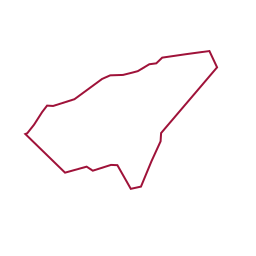 the district of Al Mahwit City, Al Mahwit, Yemen, rotated 256°
{"feature_id": "15242507B54301624222868", "entity_name": "Al Mahwit City", "entity_type": "district", "adm_level": 2, "iso_a3": "YEM", "parent_name": "Yemen", "parent_adm1": "Al Mahwit", "projection": "orthographic", "projection_center": [43.552, 15.463], "detail": "fine", "context": "isolated", "style": "outline", "palette": "rose", "viewbox_px": 256, "rotation_deg": 256, "n_neighbors": 0, "source": "geoboundaries", "source_scale": "gbopen_adm2", "svg_char_len": 497}
<svg xmlns="http://www.w3.org/2000/svg" viewBox="0 0 256 256"><g transform="rotate(256 128 128)"><path d="M184.7,164.1L180.8,151.3L180.7,145.9L180.7,136.0L183.4,123.5L181.9,114.8L168.9,83.0L167.5,60.7L169.3,54.9L164.2,48.5L154.0,37.7L147.3,29.0L147.0,26.9L99.9,56.1L100.5,78.5L95.1,83.5L96.3,102.6L94.5,108.7L68.3,116.0L68.0,126.4L89.9,142.6L107.2,156.4L115.1,158.9L165.3,229.1L183.0,225.6L185.6,202.1L188.0,178.2L183.9,171.1L184.7,164.1Z" fill="none" stroke="#9f1239" stroke-width="2"/></g></svg>